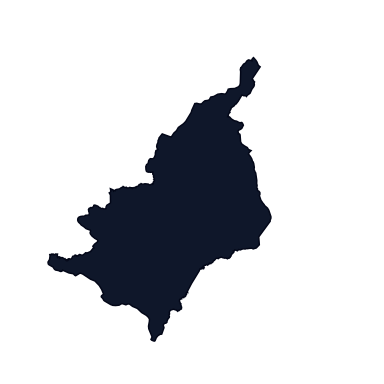 the district of Sucua, Morona Santiago, Ecuador, rotated 123°
{"feature_id": "8360857B23495862214977", "entity_name": "Sucua", "entity_type": "district", "adm_level": 2, "iso_a3": "ECU", "parent_name": "Ecuador", "parent_adm1": "Morona Santiago", "projection": "mercator", "projection_center": [-78.202, -2.485], "detail": "fine", "context": "isolated", "style": "filled", "palette": "ink", "viewbox_px": 384, "rotation_deg": 123, "n_neighbors": 0, "source": "geoboundaries", "source_scale": "gbopen_adm2", "svg_char_len": 6109}
<svg xmlns="http://www.w3.org/2000/svg" viewBox="0 0 384 384"><g transform="rotate(123 192 192)"><path d="M45.8,213.6L46.9,213.9L48.3,213.9L49.3,213.2L50.3,216.3L50.6,216.7L52.4,217.4L54.6,217.3L56.7,218.4L59.7,218.5L60.7,218.2L61.1,218.8L63.1,218.1L64.6,216.7L74.5,210.7L76.2,210.1L78.3,210.2L81.9,212.5L84.4,216.0L86.0,217.6L87.8,217.2L90.9,217.1L91.9,217.6L93.4,220.7L95.9,223.6L99.9,225.7L102.2,228.0L105.2,227.7L106.6,228.7L108.4,230.8L110.0,231.4L113.0,232.0L114.2,233.8L115.0,236.3L116.3,237.8L123.5,236.7L125.6,236.0L136.2,235.7L139.4,236.3L145.3,238.6L149.0,238.4L152.5,239.3L157.1,239.3L157.7,240.8L159.5,248.6L164.7,249.1L165.7,248.6L167.3,248.5L169.0,247.5L171.3,247.2L173.1,246.4L174.2,245.2L174.9,243.7L176.9,244.8L179.0,244.1L181.0,242.9L184.0,242.4L185.6,243.0L186.7,245.0L187.7,245.4L189.2,245.4L192.2,244.3L193.7,245.0L195.8,244.6L198.4,242.7L199.4,241.5L199.5,240.9L199.2,239.5L198.4,238.5L198.3,237.8L196.6,235.7L198.4,234.6L199.0,233.1L200.2,232.6L201.8,230.5L202.5,230.7L202.5,230.0L203.1,229.5L204.4,229.9L206.1,229.0L206.9,229.0L206.7,229.7L207.2,229.6L207.6,230.4L208.5,230.6L209.2,231.5L209.2,233.0L210.8,236.1L211.3,236.3L212.7,238.3L212.7,239.3L213.4,239.4L214.6,240.4L216.1,240.2L218.1,241.8L218.7,241.3L219.4,241.9L219.3,242.4L220.1,243.3L221.4,243.7L221.5,243.9L220.9,244.1L220.9,244.3L221.7,245.5L222.0,246.7L223.8,247.8L223.7,248.4L224.1,248.9L223.8,249.8L224.9,250.6L224.9,252.8L226.0,252.9L226.7,253.6L229.0,254.5L230.1,255.8L230.7,256.2L231.0,256.8L232.1,257.4L232.7,257.1L233.1,258.1L233.9,258.2L233.2,259.3L233.7,262.2L235.5,260.5L237.0,260.4L237.8,260.9L238.9,258.8L245.4,254.5L245.9,254.5L249.6,256.2L251.4,255.9L252.8,255.1L254.0,256.3L254.4,257.0L254.3,257.9L255.6,259.4L255.2,260.9L255.6,261.9L255.2,262.7L255.2,263.7L255.7,264.7L255.5,265.5L255.9,265.8L256.1,266.7L256.7,267.1L257.3,266.7L259.4,267.0L259.7,267.2L260.0,268.3L261.9,269.4L263.3,269.2L264.2,268.1L264.7,267.9L264.9,267.4L265.8,266.5L267.5,265.9L269.6,268.7L270.7,269.0L271.2,269.4L271.9,270.6L273.2,272.1L274.6,273.1L275.5,273.3L276.3,273.3L277.8,272.6L278.8,271.4L279.2,270.2L279.4,268.7L280.0,266.9L280.0,264.0L280.4,260.8L279.4,256.5L279.9,255.8L281.8,255.2L282.6,254.1L283.4,251.9L283.8,248.1L283.6,245.5L284.0,244.5L284.3,244.2L285.6,244.2L288.7,245.3L291.5,245.6L292.4,243.8L293.4,244.3L296.6,244.6L297.6,244.9L300.6,247.0L300.6,247.8L301.0,248.2L302.3,248.4L304.9,249.5L305.6,252.2L306.1,252.6L307.2,252.5L307.9,253.0L307.9,253.7L308.8,254.1L308.3,254.9L308.5,255.7L309.5,255.7L310.9,257.0L313.3,256.7L314.9,257.6L314.8,258.6L315.2,259.1L315.8,259.2L316.4,258.7L317.1,258.8L316.5,259.9L317.3,260.4L317.9,260.3L317.2,262.0L317.7,262.1L317.8,262.5L317.5,263.3L317.6,264.9L318.2,265.8L319.5,266.7L318.5,266.9L318.7,268.1L320.0,268.7L319.5,269.1L319.9,269.4L319.8,269.7L317.4,271.0L317.9,271.4L318.0,272.4L319.3,272.8L319.5,274.1L319.9,274.0L320.0,274.7L320.3,274.9L320.2,275.7L321.4,276.0L321.6,277.0L322.0,277.2L322.8,276.3L326.2,274.7L329.2,274.6L330.6,273.4L330.9,272.4L330.6,267.7L331.6,265.5L331.8,264.1L330.6,261.1L330.3,259.1L329.4,258.0L328.0,257.9L326.9,251.1L325.2,247.0L325.7,245.0L325.6,244.0L321.5,242.0L320.7,241.1L320.3,238.9L320.4,229.6L319.5,225.0L320.9,218.9L322.9,214.7L325.8,210.5L328.1,211.3L328.8,211.3L329.4,210.9L329.9,208.8L330.9,206.9L331.0,206.0L330.7,199.0L330.2,196.7L328.8,194.2L326.6,191.5L324.0,190.2L323.5,189.3L322.6,186.0L320.9,184.9L320.0,183.4L320.3,179.6L319.4,174.4L320.5,168.6L320.3,163.1L320.8,160.5L321.7,158.5L323.7,157.3L328.2,155.4L330.3,153.7L334.9,147.0L335.8,146.4L338.0,146.1L338.2,145.2L337.9,143.3L337.5,142.3L336.9,142.0L333.6,142.6L330.9,142.3L330.2,141.8L329.2,141.7L327.7,140.0L321.1,141.6L319.4,143.5L318.6,143.8L317.4,143.5L316.6,143.1L316.3,142.5L314.9,142.1L314.3,142.5L312.0,143.0L309.5,142.8L308.7,143.2L308.0,144.2L306.5,144.4L305.2,145.6L303.5,145.8L302.3,145.3L300.4,143.7L299.6,140.7L299.8,139.1L298.8,139.1L298.7,138.4L296.4,137.7L295.9,137.2L294.2,138.0L293.8,138.9L292.8,139.6L292.5,140.4L291.7,140.6L291.7,141.2L290.3,143.1L288.9,143.8L288.4,143.4L287.9,143.5L287.3,142.5L286.8,142.8L285.4,142.6L285.1,141.5L284.3,141.7L284.3,141.4L283.7,140.9L282.5,140.7L281.8,141.3L281.3,140.9L280.8,140.9L280.5,141.5L279.9,141.8L279.3,141.7L278.8,140.8L277.9,141.7L276.4,141.9L268.9,142.6L254.2,143.0L252.4,143.5L251.9,142.7L251.6,143.0L251.1,142.9L250.8,141.9L250.0,142.4L249.6,141.9L249.9,140.5L249.0,140.6L249.2,141.1L249.1,141.3L247.9,141.5L248.3,142.1L247.8,142.2L246.6,141.5L246.0,140.7L244.9,140.4L244.8,139.0L243.7,138.9L243.1,138.4L242.2,138.6L242.1,137.7L241.8,137.2L241.2,137.2L239.8,136.4L237.7,136.5L237.3,136.0L234.6,135.7L233.9,134.8L233.5,133.6L232.3,133.3L230.4,131.7L230.5,130.9L229.7,128.6L229.2,128.1L228.8,127.0L228.7,125.9L227.8,125.5L227.3,124.8L225.9,124.4L225.0,124.8L224.6,124.4L224.0,124.7L221.2,124.7L220.8,124.3L219.6,124.2L218.9,125.2L218.4,124.5L217.2,124.6L216.6,121.9L214.8,121.5L214.3,120.0L211.9,118.3L210.8,116.3L209.7,115.4L209.3,114.6L208.1,113.3L206.6,111.3L206.4,109.7L203.9,107.6L199.6,106.8L193.3,111.6L174.0,110.5L173.3,111.0L170.9,111.6L169.6,112.5L165.5,117.7L164.4,119.9L163.8,123.9L163.3,124.6L162.7,126.6L161.4,129.7L158.7,133.1L157.7,133.8L156.9,133.8L155.4,134.9L154.9,136.5L155.1,137.1L154.7,138.2L153.6,138.9L153.3,139.9L150.9,141.1L149.8,142.3L147.0,144.0L141.3,149.0L141.0,149.8L139.2,152.4L137.5,153.1L134.6,155.7L133.5,157.1L133.3,158.0L131.7,159.9L130.4,162.4L129.4,165.3L127.9,165.6L125.1,165.0L125.6,167.8L124.6,169.8L124.8,173.1L124.6,176.6L123.4,178.6L117.9,182.8L117.4,183.7L118.0,184.8L117.2,185.3L116.0,186.6L114.5,186.4L112.9,185.4L111.5,184.9L108.0,185.3L106.8,187.2L106.6,188.2L107.2,188.7L108.1,190.3L108.3,193.1L109.2,195.3L109.3,198.7L108.6,201.4L109.4,203.1L107.9,203.3L106.3,204.0L104.6,203.5L104.3,204.0L103.5,204.4L100.9,204.6L100.1,205.0L96.7,203.6L94.9,203.6L94.2,203.0L90.7,202.7L83.5,203.0L83.1,201.1L81.9,199.1L82.2,198.4L80.6,198.3L77.6,197.1L73.0,197.8L69.8,197.6L68.1,198.1L67.0,199.1L65.6,199.5L65.5,200.9L64.9,201.3L64.6,202.8L63.8,203.2L49.9,203.0L49.7,205.3L47.5,208.5L46.7,210.4L45.8,213.6Z" fill="#0f172a" stroke="#020617" stroke-width="1.5"/></g></svg>